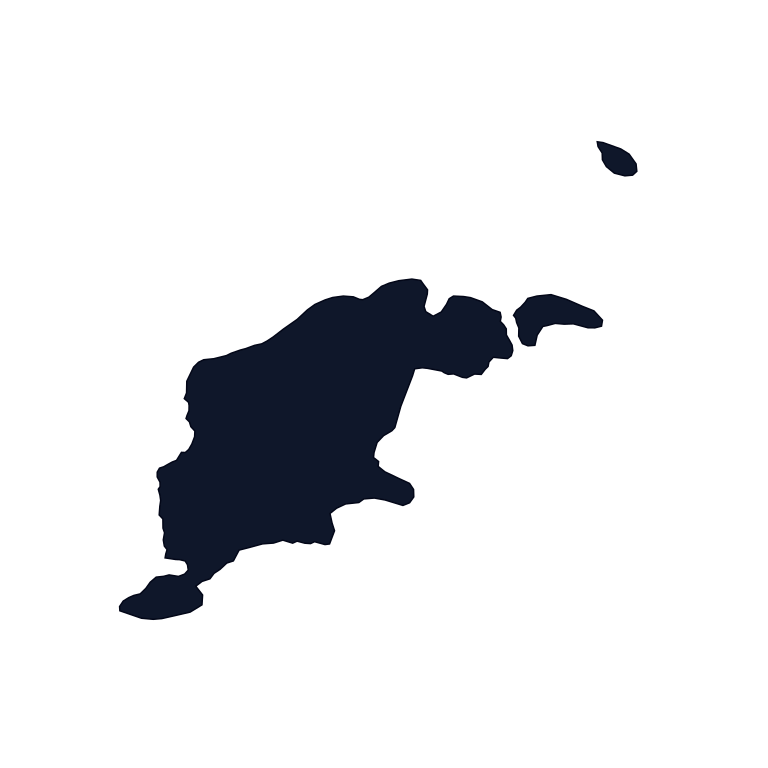 the district of Gotland, Gotland, Sweden, rotated 17°
{"feature_id": "70781695B80690990768870", "entity_name": "Gotland", "entity_type": "district", "adm_level": 2, "iso_a3": "SWE", "parent_name": "Sweden", "parent_adm1": "Gotland", "projection": "natural_earth1", "projection_center": [18.646, 57.653], "detail": "fine", "context": "isolated", "style": "filled", "palette": "ink", "viewbox_px": 768, "rotation_deg": 17, "n_neighbors": 0, "source": "geoboundaries", "source_scale": "gbopen_adm2", "svg_char_len": 2817}
<svg xmlns="http://www.w3.org/2000/svg" viewBox="0 0 768 768"><g transform="rotate(17 384 384)"><path d="M402.8,302.6L399.6,298.1L399.1,285.3L398.1,281.2L391.6,276.4L388.8,274.2L380.0,275.5L367.9,280.9L359.5,286.0L353.0,291.4L347.8,299.7L344.1,305.4L339.0,309.6L335.7,310.2L329.2,309.6L319.4,311.8L309.6,316.3L303.1,320.8L294.7,328.1L289.1,335.5L282.1,347.6L271.8,360.8L264.3,371.4L259.6,377.1L255.4,381.3L248.9,384.9L241.4,390.6L236.7,393.5L228.8,399.3L225.0,402.9L213.8,409.6L204.5,413.5L200.3,417.4L197.0,423.5L194.6,439.0L197.8,450.3L197.3,456.4L202.5,458.7L203.9,461.6L205.3,466.5L204.8,472.0L204.8,474.9L209.0,477.1L211.8,481.3L216.9,484.3L218.3,489.8L217.8,497.6L216.4,503.7L214.0,507.6L210.3,508.6L207.9,517.7L204.2,520.6L200.4,524.5L197.6,527.5L193.9,530.1L192.9,534.6L194.3,539.2L198.5,543.4L199.9,547.6L198.9,550.6L202.2,555.8L204.5,560.7L205.4,566.6L207.3,575.0L212.0,577.7L214.8,586.5L217.6,590.4L218.5,597.6L221.3,603.2L225.0,605.8L225.0,610.4L225.5,614.3L236.2,612.7L240.0,611.7L245.6,611.4L248.9,614.3L251.2,619.2L248.9,624.1L243.7,628.1L234.3,629.4L229.6,632.3L222.6,635.3L218.4,641.9L216.0,649.1L212.2,656.0L206.6,659.3L202.4,662.9L198.1,667.8L196.2,674.1L197.7,678.1L220.6,678.9L232.1,676.5L240.1,673.3L252.7,666.1L265.3,658.8L274.5,648.4L272.2,638.8L263.1,632.4L267.7,626.0L274.5,621.2L276.8,614.8L281.4,609.2L286.0,601.2L291.7,597.2L294.0,585.2L303.2,579.6L314.6,572.4L324.9,568.4L332.9,562.9L343.2,562.9L346.8,559.7L354.8,559.4L360.4,558.1L363.7,555.1L374.5,554.8L378.7,552.9L379.6,538.8L374.9,532.0L370.2,523.6L374.9,516.7L382.4,509.9L394.6,504.7L398.3,499.8L408.1,495.9L418.9,494.6L437.6,494.6L443.2,490.1L445.5,483.3L443.1,476.2L437.5,471.6L425.8,470.0L410.4,467.7L402.5,464.5L401.5,459.7L395.5,457.4L394.5,452.5L394.5,441.9L398.7,433.5L405.2,426.4L407.1,422.5L406.6,400.3L408.9,367.8L408.9,360.5L415.9,357.3L421.0,356.3L435.5,354.7L438.3,355.6L442.5,356.0L447.6,354.0L457.0,354.7L461.2,354.0L467.7,348.0L474.2,346.4L476.5,340.3L478.4,336.8L477.9,332.3L480.7,326.5L487.2,325.2L494.7,323.6L497.4,319.8L497.4,314.4L495.1,309.3L491.4,305.7L486.7,301.3L484.8,295.5L481.1,292.4L476.9,290.1L476.4,285.7L474.1,281.5L465.7,281.2L454.0,276.7L441.5,276.1L434.5,277.1L424.7,279.6L421.4,283.4L420.5,289.5L417.7,298.4L411.2,304.8L402.8,302.6ZM517.0,302.9L516.2,292.5L519.1,282.5L522.8,280.5L530.0,276.0L538.8,274.1L547.5,271.1L562.7,270.6L569.3,268.6L575.1,265.1L574.3,259.1L563.4,252.7L551.0,251.7L533.6,249.7L517.6,249.7L504.5,255.2L496.5,260.1L495.1,264.6L492.2,270.6L489.3,274.6L487.8,280.5L490.7,282.5L492.9,286.5L496.6,291.0L498.8,298.9L504.6,304.9L510.5,305.4L517.0,302.9ZM553.5,114.5L560.7,111.6L563.6,106.7L560.7,99.8L551.2,92.5L541.8,90.0L522.9,89.1L517.1,90.0L519.3,94.4L525.1,99.3L527.3,105.7L533.1,111.1L542.6,115.0L553.5,114.5Z" fill="#0f172a" stroke="#020617" stroke-width="1.5"/></g></svg>